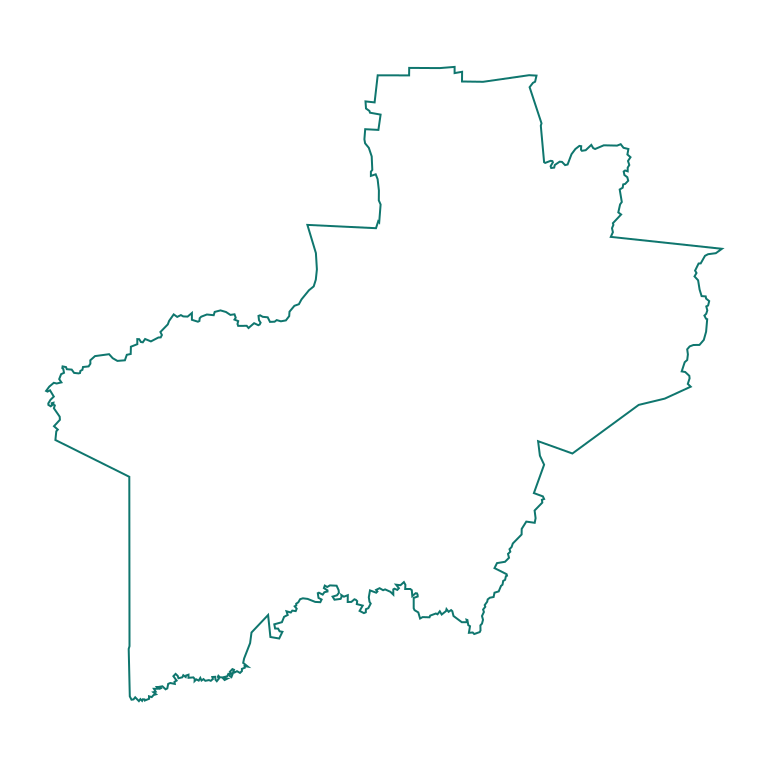 the district of Light, South Australia, Australia
{"feature_id": "25037944B8971178176615", "entity_name": "Light", "entity_type": "district", "adm_level": 2, "iso_a3": "AUS", "parent_name": "Australia", "parent_adm1": "South Australia", "projection": "robinson", "projection_center": [138.756, -34.41], "detail": "fine", "context": "isolated", "style": "outline", "palette": "teal", "viewbox_px": 768, "rotation_deg": 0, "n_neighbors": 0, "source": "geoboundaries", "source_scale": "gbopen_adm2", "svg_char_len": 6058}
<svg xmlns="http://www.w3.org/2000/svg" viewBox="0 0 768 768"><path d="M129.8,696.4L131.5,699.7L133.5,699.4L135.2,697.3L138.9,701.1L140.4,699.1L142.1,700.8L142.8,699.3L144.5,699.4L144.8,700.5L149.1,698.8L149.0,696.3L151.7,697.1L153.6,695.0L156.0,694.3L153.4,692.2L155.7,691.7L153.9,688.8L158.0,688.7L156.8,687.0L158.3,687.0L159.8,688.7L160.9,688.2L159.5,686.8L162.4,686.3L165.6,689.3L167.3,688.4L168.2,683.9L170.3,683.0L174.8,683.9L174.5,681.8L176.6,680.6L173.4,676.2L175.6,673.9L177.7,675.9L178.5,678.2L182.3,677.3L183.3,675.2L185.7,677.0L186.1,675.5L188.5,674.7L188.5,677.8L193.4,677.4L194.7,679.0L194.6,681.1L196.4,679.4L198.7,680.6L200.3,677.9L201.5,680.5L203.5,679.1L205.3,680.8L208.9,680.1L210.8,680.8L212.9,679.0L212.3,677.0L215.2,676.8L215.5,679.7L216.8,681.2L218.8,678.7L217.9,676.8L218.4,675.8L219.9,677.3L222.2,677.4L224.6,680.0L227.2,678.7L225.0,678.5L223.9,677.1L227.2,676.3L228.4,673.8L229.6,674.0L229.7,675.9L231.4,677.1L233.1,672.8L231.1,673.7L229.9,671.8L232.4,669.1L234.0,669.8L233.3,671.4L234.5,672.5L237.0,671.2L240.0,672.9L241.9,671.1L241.9,668.9L244.8,667.7L244.6,666.1L247.8,666.6L243.2,662.9L244.1,658.5L250.1,643.1L251.5,632.5L268.1,615.0L270.4,637.0L279.2,638.5L282.4,631.8L279.6,631.3L278.1,628.6L275.1,628.5L274.3,624.3L281.9,622.2L284.1,616.8L287.7,615.0L286.5,611.3L290.8,612.5L292.3,610.6L295.7,611.1L296.7,608.7L294.7,606.3L296.3,605.4L296.2,603.7L298.3,602.3L300.1,599.2L302.9,598.3L307.6,598.9L315.2,601.9L320.3,602.2L321.6,599.5L318.5,597.9L317.8,593.2L318.9,592.7L322.7,594.6L324.4,592.2L327.5,591.5L327.5,590.4L323.9,588.1L324.8,585.6L327.2,587.0L329.9,585.4L336.6,585.7L338.6,590.1L338.9,592.8L337.0,595.3L332.6,596.6L334.5,599.7L340.6,598.9L341.6,596.9L341.3,595.0L343.9,596.7L347.8,595.2L347.7,602.0L351.4,601.9L354.4,599.3L355.8,599.8L357.2,601.2L356.8,604.1L362.7,605.6L359.6,610.9L363.9,613.1L365.8,612.3L365.9,609.2L368.3,608.2L370.7,603.6L369.5,601.8L368.8,597.3L370.0,590.4L376.2,592.7L377.4,591.5L376.1,589.9L379.6,588.2L383.1,590.2L385.1,589.4L390.4,591.8L393.3,594.6L393.3,589.4L394.4,588.7L397.3,589.9L398.9,588.2L396.1,584.7L400.5,585.2L403.9,582.1L405.4,584.8L405.2,589.0L410.3,589.0L411.8,590.2L412.3,596.1L415.6,593.2L417.0,593.4L417.6,594.8L417.7,596.5L413.7,597.9L413.7,608.3L414.6,610.2L418.3,612.4L420.1,618.5L422.6,617.1L429.5,617.3L430.2,615.6L435.9,613.5L437.5,614.3L439.8,611.3L441.7,614.5L446.0,611.1L446.5,609.1L448.6,611.8L451.1,610.1L452.3,611.2L453.5,616.0L461.8,622.2L467.1,622.2L466.5,619.7L467.4,620.0L468.3,625.2L470.0,626.2L468.9,632.8L472.7,632.5L474.2,634.0L479.7,632.1L480.5,630.5L480.4,625.4L482.0,623.6L483.0,619.8L482.0,616.0L483.9,612.0L483.1,609.5L485.3,606.8L484.7,605.1L487.2,601.7L487.7,599.4L489.9,597.7L493.6,597.0L494.5,592.7L498.7,591.4L501.0,585.9L502.5,584.7L503.2,580.9L505.1,579.8L505.9,576.2L507.0,575.7L506.6,574.2L494.5,568.1L497.0,563.1L505.0,561.8L509.0,557.8L508.0,553.9L510.3,551.7L509.5,549.2L511.6,547.0L512.8,543.5L521.6,534.5L521.7,528.9L526.3,521.6L534.7,522.8L535.6,518.2L534.6,510.5L542.3,502.6L541.9,499.8L544.1,499.0L542.9,496.4L533.9,493.1L544.1,464.7L539.9,455.7L538.1,441.2L572.4,453.5L638.7,404.9L664.8,398.6L690.7,386.7L687.8,383.9L689.6,378.3L689.3,375.8L685.2,372.0L681.7,371.4L684.7,362.2L687.2,360.0L687.9,354.4L687.2,349.3L689.7,346.4L693.4,345.0L699.5,344.9L703.8,339.9L706.1,331.7L707.2,319.2L706.0,318.7L704.4,315.6L706.2,313.8L707.3,310.4L706.3,306.4L708.1,305.5L709.2,301.1L706.1,298.6L705.7,296.4L701.6,296.1L699.6,289.6L698.1,280.3L694.5,276.4L696.5,273.0L695.1,270.6L698.6,263.5L700.7,263.4L705.0,255.8L708.1,254.2L715.8,253.2L721.9,248.8L610.8,236.9L612.9,232.2L612.0,228.2L613.4,224.9L612.9,223.2L621.1,214.5L618.3,212.4L620.1,204.4L621.8,202.0L619.7,189.5L622.7,187.7L623.2,184.4L625.2,183.9L628.2,180.7L627.3,177.2L624.4,175.0L623.7,171.5L625.1,170.5L627.7,171.3L627.7,167.6L629.3,165.0L628.0,161.0L630.5,157.2L627.4,154.5L628.4,149.0L623.5,147.8L620.7,144.2L617.1,145.6L603.8,145.3L595.1,149.0L593.2,148.1L591.3,144.9L585.7,150.2L581.9,150.8L581.0,149.7L581.2,146.2L579.4,145.9L575.4,149.0L571.5,154.2L567.6,164.5L565.1,165.1L562.0,161.9L559.6,161.7L554.8,165.0L554.2,167.6L551.2,168.0L550.6,166.2L552.9,162.3L552.4,161.1L550.7,160.8L545.2,162.9L544.1,162.2L540.8,125.7L541.5,123.3L529.6,87.2L532.9,82.9L535.1,81.7L536.5,75.6L529.1,75.2L483.1,81.8L462.0,81.5L462.1,71.8L454.6,73.1L454.6,66.9L439.6,68.1L409.2,67.9L409.1,75.4L377.7,75.3L374.6,102.4L365.5,101.4L366.0,108.5L369.4,110.9L370.0,112.7L380.6,114.6L378.4,129.9L365.2,129.2L364.4,139.3L365.1,143.3L368.8,147.8L371.7,156.4L372.3,169.9L370.9,171.7L370.9,175.9L375.7,174.3L377.6,179.1L378.9,190.5L378.8,200.4L380.6,204.5L379.2,222.4L378.2,221.3L376.0,228.2L307.4,224.9L315.9,253.1L316.9,269.4L315.8,279.7L313.7,286.4L309.0,290.2L301.5,299.4L298.9,304.2L294.4,305.8L289.5,311.7L289.2,316.1L285.9,320.4L280.9,321.3L276.7,320.1L274.6,321.7L270.0,321.9L267.7,317.3L262.7,316.8L260.1,315.3L258.5,315.9L259.0,320.2L260.6,322.7L259.7,324.5L258.3,325.2L254.1,323.2L248.5,328.0L246.7,325.8L238.2,325.9L237.5,324.0L238.2,321.1L234.5,319.6L235.7,317.7L234.5,314.3L230.4,314.9L226.0,312.0L220.5,310.4L214.7,311.9L213.7,315.2L206.9,314.5L201.2,316.7L199.7,318.2L199.4,321.0L197.9,321.7L191.9,319.8L191.9,313.0L187.6,316.6L183.2,316.4L180.9,315.1L177.2,316.9L173.7,314.4L169.1,320.9L167.8,324.4L160.4,332.0L161.9,335.0L160.7,337.4L158.4,337.5L150.9,341.4L145.1,339.0L142.8,342.3L140.9,342.0L139.2,339.2L137.3,339.1L137.3,344.2L130.9,346.7L130.7,354.0L126.8,354.8L124.9,360.3L117.4,360.9L112.7,358.2L109.1,354.2L95.0,356.1L90.3,360.3L90.4,363.7L88.6,366.4L83.0,367.0L82.4,369.8L80.4,370.9L80.0,373.0L78.7,373.4L74.1,372.9L71.7,369.6L66.8,369.2L66.0,367.1L62.6,366.4L62.3,368.1L63.3,369.0L64.0,372.8L61.1,374.2L59.2,379.1L61.4,382.4L56.7,383.5L53.8,382.8L49.3,386.6L46.1,390.9L47.5,391.6L50.0,390.3L53.8,396.6L50.5,399.8L48.3,403.4L48.4,404.9L50.7,406.3L51.9,405.4L51.7,403.2L53.5,402.7L53.3,404.5L54.8,405.4L53.9,408.3L59.7,416.7L59.9,419.8L54.0,426.2L57.8,429.6L56.3,431.3L55.4,440.0L129.3,476.8L129.5,646.2L128.7,648.9L129.8,696.4Z" fill="none" stroke="#0f766e" stroke-width="2"/></svg>